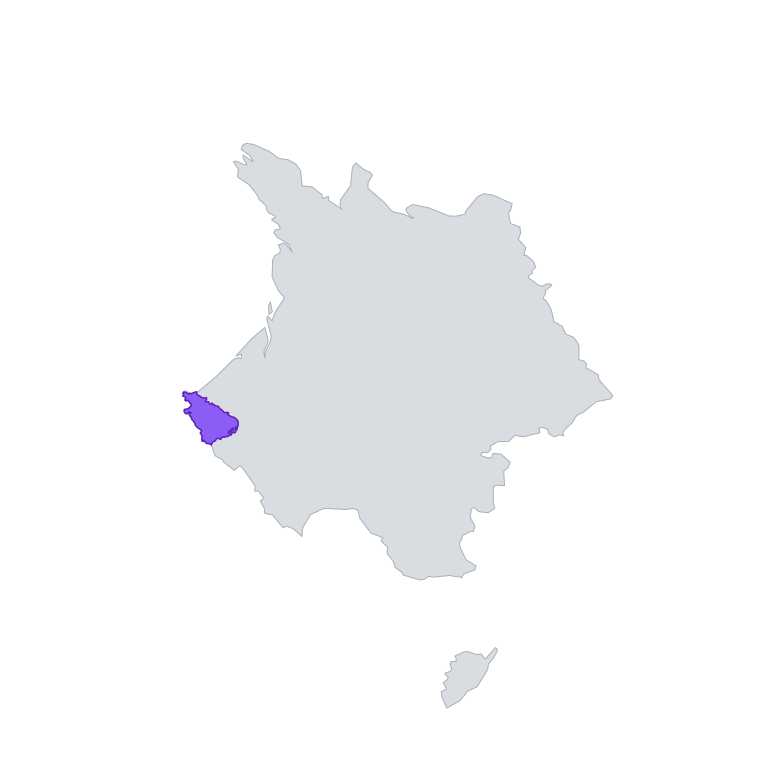 France, with Pyrénées-Atlantiques highlighted, rotated 37°
{"feature_id": "FRA-5336", "entity_name": "Pyrénées-Atlantiques", "entity_type": "Metropolitan department", "adm_level": 1, "iso_a3": "FRA", "parent_name": "France", "parent_adm1": "", "projection": "equal_earth", "projection_center": [-0.695, 43.182], "detail": "fine", "context": "in_parent", "style": "filled", "palette": "violet", "viewbox_px": 768, "rotation_deg": 37, "n_neighbors": 0, "source": "natural_earth", "source_scale": "10m", "svg_char_len": 7256}
<svg xmlns="http://www.w3.org/2000/svg" viewBox="0 0 768 768"><g transform="rotate(37 384 384)"><path d="M558.7,317.0L554.6,319.1L552.2,323.2L549.6,324.2L544.7,324.2L542.2,321.7L536.4,323.3L534.2,326.0L537.8,329.2L526.7,342.5L519.5,346.1L518.2,354.8L509.7,361.4L506.7,368.3L506.5,369.7L508.8,371.9L508.0,376.4L503.7,379.4L503.9,382.3L505.1,382.7L511.8,380.4L514.3,377.7L512.8,374.0L519.5,369.6L531.8,370.6L533.5,376.6L532.1,381.6L541.4,392.6L533.9,397.7L533.6,401.0L542.0,412.1L547.1,416.6L544.8,424.0L536.6,428.9L531.2,428.5L529.0,429.7L529.3,432.0L533.3,438.7L542.5,443.1L544.1,448.2L541.7,450.0L537.8,457.8L539.8,461.6L539.2,463.3L540.2,465.9L542.7,468.5L555.6,475.1L566.9,473.8L568.5,477.6L562.0,487.8L562.6,492.4L559.1,492.5L558.5,494.0L551.6,497.4L540.6,507.8L535.4,510.8L533.5,516.1L530.5,519.0L514.3,525.0L511.2,523.6L503.2,523.8L498.1,520.0L488.5,517.6L485.2,512.2L476.2,511.1L475.6,507.5L463.2,510.8L445.5,505.8L439.2,500.5L434.2,501.9L429.7,506.7L411.1,519.3L403.9,532.4L405.6,547.7L410.1,555.2L398.5,554.1L391.6,556.3L389.9,559.5L373.5,555.7L367.4,558.9L365.8,558.7L363.6,555.5L355.5,551.8L356.7,549.3L355.6,547.0L348.0,545.2L345.4,547.4L342.5,543.0L321.3,536.0L317.9,536.1L316.5,543.0L302.9,542.9L300.9,541.6L292.2,543.0L282.8,536.6L272.4,537.9L266.1,531.2L259.9,530.8L251.2,527.4L247.2,525.6L246.7,523.6L244.1,526.6L240.9,525.9L240.2,525.0L242.3,521.4L242.7,517.1L231.9,513.9L229.0,510.9L229.0,509.2L234.8,507.8L240.1,501.9L245.2,480.6L248.9,455.5L251.5,450.8L254.9,449.5L252.2,446.0L248.9,450.5L251.0,427.7L254.8,410.6L263.9,417.6L266.0,420.6L268.7,430.8L273.7,435.1L270.4,430.9L267.2,417.4L265.1,413.6L250.8,402.2L250.3,399.7L256.6,401.0L254.0,392.6L252.6,375.0L243.9,373.2L230.1,365.7L220.6,352.3L219.5,347.3L222.1,342.0L219.9,338.7L215.9,336.4L219.0,331.9L221.9,331.4L231.8,334.0L223.7,329.7L210.5,331.2L205.2,329.7L204.3,326.5L208.0,322.5L203.6,320.0L196.0,320.6L195.1,319.5L197.4,316.6L195.5,315.6L189.3,316.7L185.8,315.8L182.5,312.5L172.6,311.7L170.4,309.8L156.8,306.1L142.4,306.7L138.5,300.2L129.9,297.0L131.7,295.0L140.4,293.0L142.2,291.2L135.9,288.5L133.7,285.9L145.4,285.3L140.2,282.4L128.8,282.6L127.4,278.7L129.0,274.8L135.6,271.2L152.1,267.3L164.0,267.2L172.5,262.6L180.8,261.4L188.7,263.6L199.3,274.9L207.9,269.9L220.6,270.1L223.2,272.9L226.6,267.8L229.4,270.7L244.9,269.8L241.3,267.8L238.4,263.0L237.9,245.5L230.0,232.8L228.1,228.2L228.6,224.3L237.8,225.0L245.5,223.3L249.2,224.5L250.0,232.6L253.3,237.3L274.5,238.8L286.8,241.3L297.1,236.7L306.8,234.6L307.6,233.5L302.0,234.0L296.9,232.0L296.2,229.8L298.8,223.5L313.5,216.5L335.0,210.6L340.5,206.6L346.8,199.5L345.3,197.7L346.0,178.4L349.0,172.1L357.1,167.6L377.9,163.0L380.6,169.1L380.5,172.5L386.2,177.9L388.9,179.6L398.0,176.7L402.5,181.7L403.9,187.4L415.0,189.7L418.4,197.2L420.3,195.6L427.2,195.9L430.5,196.5L435.0,199.8L433.8,204.2L435.8,206.4L434.1,210.5L435.5,212.2L448.1,212.2L451.9,210.4L453.5,206.3L457.2,203.8L458.7,204.6L456.5,212.3L458.4,214.2L459.4,219.7L464.2,220.2L473.7,224.6L481.9,231.9L491.5,230.7L499.3,234.8L507.2,232.6L514.7,234.9L517.4,237.0L524.8,247.3L530.1,245.2L534.0,246.4L535.3,249.4L549.5,247.7L552.3,250.6L555.3,251.7L573.6,255.5L574.0,259.4L564.1,270.5L560.3,286.3L557.5,291.8L556.6,295.9L557.6,298.7L557.3,303.0L555.6,313.4L557.0,316.4L558.7,317.0ZM636.4,537.6L635.8,544.5L638.6,549.5L640.6,569.5L635.6,579.2L635.3,591.0L629.1,605.0L618.2,598.7L614.8,595.3L617.5,589.9L611.2,587.0L612.4,581.9L611.6,579.3L607.3,579.0L607.0,577.6L610.0,573.6L609.8,571.2L605.5,568.1L604.6,565.3L608.4,562.2L606.5,559.4L604.3,558.7L609.2,549.6L612.8,546.9L620.9,544.3L624.1,541.0L629.7,542.8L630.5,541.9L631.6,527.6L633.5,527.4L635.3,529.3L636.4,537.6ZM251.4,393.6L250.2,397.6L244.7,390.7L244.0,386.9L251.4,393.6Z" fill="#d9dde1" stroke="#a8b0b8" stroke-width="1"/><path d="M230.6,514.7L230.4,514.3L230.3,513.4L229.9,512.8L228.8,512.3L228.8,511.8L228.9,510.8L229.0,510.2L229.0,510.3L229.6,510.7L229.9,510.3L230.6,510.1L233.7,509.6L234.6,508.5L235.4,508.1L236.1,507.6L236.4,507.2L237.2,505.7L237.3,505.2L237.6,504.8L239.1,503.1L240.6,504.4L241.7,504.9L242.5,504.7L243.7,504.5L246.2,504.5L247.3,504.2L248.8,503.4L250.0,502.4L250.2,501.9L251.3,502.5L251.6,503.1L251.4,504.6L252.0,505.4L252.8,505.0L253.7,504.3L254.6,503.8L256.2,504.7L256.7,504.8L257.4,504.6L257.9,504.4L258.2,503.8L258.1,502.8L259.6,503.0L260.3,503.3L260.7,502.8L261.0,502.7L262.6,502.8L264.7,501.7L265.5,501.6L266.2,501.8L267.8,502.7L268.2,502.6L269.3,502.2L273.3,502.9L273.8,502.7L276.5,500.7L277.0,500.6L277.4,500.7L277.4,501.1L277.3,501.5L277.3,502.1L277.9,502.4L281.9,501.9L283.9,501.0L285.0,500.8L286.2,500.7L289.6,501.4L290.3,501.9L290.7,502.8L290.9,503.0L291.3,503.3L291.6,503.5L291.8,503.8L292.7,505.9L292.9,506.4L292.9,506.8L292.8,507.0L292.6,507.2L292.3,507.2L292.0,507.1L291.7,507.2L291.7,507.7L291.8,508.6L292.0,508.9L292.3,508.9L292.6,508.7L292.8,508.4L293.0,508.1L293.3,508.0L293.6,508.0L293.8,508.2L293.9,508.5L293.8,510.3L293.9,510.9L294.4,512.0L294.4,512.4L294.2,512.8L293.3,513.1L293.0,513.2L292.8,513.5L292.6,513.8L292.4,514.2L292.3,514.7L292.2,515.4L292.6,516.2L292.6,516.5L292.5,517.0L292.3,517.3L292.1,517.6L291.4,518.1L291.2,518.4L291.0,518.8L290.8,519.8L290.7,520.3L290.5,520.6L290.2,520.7L289.8,520.5L289.6,520.6L289.3,520.9L288.8,522.1L288.6,522.5L288.3,522.8L288.0,523.0L287.2,523.3L287.0,523.6L286.7,524.1L286.7,524.8L286.7,525.3L286.9,526.2L286.8,526.5L286.4,526.8L286.1,526.8L285.0,526.8L284.7,526.9L284.5,527.1L284.0,527.7L283.4,528.2L283.2,528.6L283.1,529.0L283.2,529.3L283.4,530.0L283.4,530.4L283.4,531.2L283.2,531.6L282.9,532.0L282.6,532.3L282.3,532.7L282.2,533.1L282.2,533.4L282.2,533.7L282.2,534.3L282.5,535.5L282.6,536.3L282.0,535.8L281.8,536.3L281.5,536.6L281.2,536.7L280.9,536.4L279.2,537.7L278.3,538.2L277.2,538.3L275.3,537.5L274.3,537.4L274.3,538.6L274.0,538.7L273.4,539.1L273.1,539.1L272.7,538.9L272.7,538.6L272.8,538.3L272.6,538.0L272.4,538.0L271.8,538.0L271.6,537.9L271.6,537.7L271.6,537.3L270.2,535.5L269.6,534.9L268.3,534.2L268.0,534.1L267.6,534.2L267.3,534.2L266.9,533.8L266.7,533.4L266.7,533.1L266.8,532.9L266.9,532.6L266.7,532.2L266.2,530.9L265.2,530.6L262.4,531.1L259.6,530.8L258.2,530.4L256.9,529.5L256.5,529.0L255.9,528.8L254.6,528.7L254.4,528.5L253.8,528.1L253.5,528.0L252.1,528.1L250.9,527.2L249.7,526.5L247.6,526.2L246.9,525.8L246.3,525.1L246.2,524.5L246.4,523.9L247.2,523.2L246.4,523.0L245.6,523.3L245.0,524.0L244.7,524.9L244.6,526.2L244.3,526.8L243.7,527.0L242.7,526.9L241.8,526.7L241.0,526.3L240.4,525.5L239.9,524.5L240.2,524.1L241.7,522.6L242.2,522.0L242.7,520.5L243.1,518.7L243.0,516.9L242.0,515.9L241.5,515.9L241.1,516.0L240.7,516.1L239.2,515.4L238.1,515.0L237.4,515.0L236.9,515.3L236.6,516.1L236.4,516.5L236.0,516.8L235.5,516.8L235.1,516.8L234.7,516.6L234.5,516.4L234.2,515.6L234.2,515.1L234.3,514.9L234.3,514.6L233.9,514.4L233.3,514.1L232.9,514.0L232.2,514.3L231.4,514.4L231.0,514.6L230.6,514.7ZM289.3,516.7L289.7,516.7L290.1,516.6L290.7,515.6L290.3,514.5L289.5,514.0L288.6,514.9L288.6,515.6L288.6,515.9L288.7,516.2L289.0,516.6L289.3,516.7ZM290.1,513.0L290.4,513.0L290.6,512.9L290.8,512.7L291.2,511.9L291.2,511.5L291.3,511.1L291.2,510.9L291.1,510.6L290.8,510.3L290.4,510.2L290.2,510.2L290.0,510.3L289.7,510.6L289.5,511.0L289.4,512.0L289.5,512.5L289.7,512.8L290.1,513.0Z" fill="#8b5cf6" stroke="#5b21b6" stroke-width="1.5"/></g></svg>